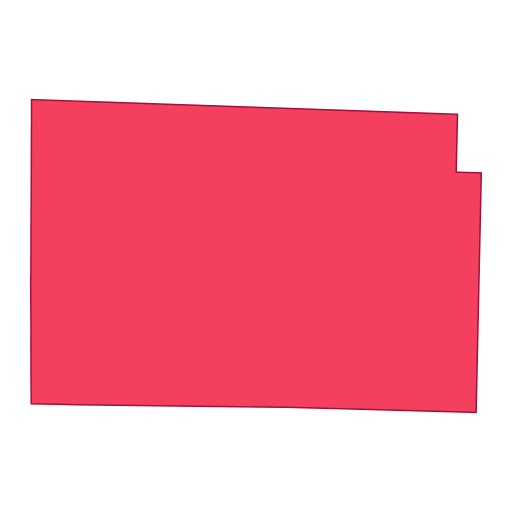 Jasper, Missouri, United States of America
{"feature_id": "52423323B94294410051786", "entity_name": "Jasper", "entity_type": "district", "adm_level": 2, "iso_a3": "USA", "parent_name": "United States of America", "parent_adm1": "Missouri", "projection": "natural_earth1", "projection_center": [-94.517, 37.206], "detail": "fine", "context": "isolated", "style": "filled", "palette": "rose", "viewbox_px": 512, "rotation_deg": 0, "n_neighbors": 0, "source": "geoboundaries", "source_scale": "gbopen_adm2", "svg_char_len": 593}
<svg xmlns="http://www.w3.org/2000/svg" viewBox="0 0 512 512"><path d="M481.3,172.9L456.2,172.2L457.5,114.3L31.5,99.6L31.5,125.1L31.4,126.7L31.4,139.8L31.1,222.1L31.0,224.9L31.0,233.0L31.0,234.2L31.0,242.3L31.0,254.4L30.9,254.8L30.9,267.3L30.9,273.2L30.7,280.7L30.7,287.0L30.8,301.4L30.8,301.5L31.0,329.0L31.0,331.6L30.9,348.0L31.0,357.1L31.0,364.3L31.0,367.3L31.0,367.5L31.0,374.5L31.0,375.0L31.1,385.7L31.2,403.8L64.2,404.4L73.8,404.7L168.5,405.9L171.2,405.9L183.8,406.1L192.4,406.2L200.3,406.3L288.0,407.3L476.1,412.4L481.3,172.9Z" fill="#f43f5e" stroke="#9f1239" stroke-width="1.5"/></svg>